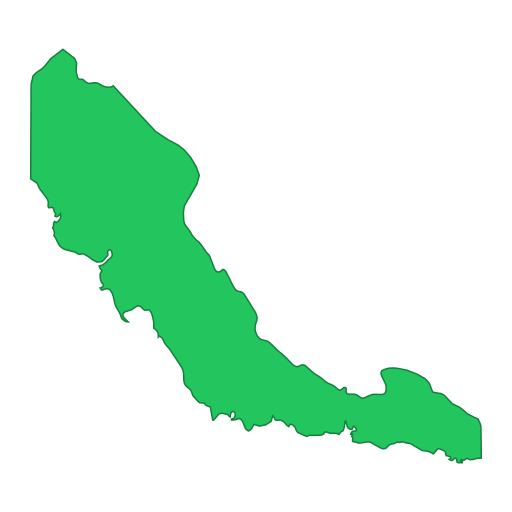 Central, Natural Earth projection
{"feature_id": "PNG-1249", "entity_name": "Central", "entity_type": "Province", "adm_level": 1, "iso_a3": "PNG", "parent_name": "Papua New Guinea", "parent_adm1": "", "projection": "natural_earth1", "projection_center": [147.941, -9.068], "detail": "fine", "context": "isolated", "style": "filled", "palette": "green", "viewbox_px": 512, "rotation_deg": 0, "n_neighbors": 0, "source": "natural_earth", "source_scale": "10m", "svg_char_len": 5568}
<svg xmlns="http://www.w3.org/2000/svg" viewBox="0 0 512 512"><path d="M481.3,458.1L477.4,458.3L472.8,459.5L470.2,459.7L466.8,458.3L465.4,459.4L463.7,460.4L461.4,459.4L460.4,460.6L462.3,461.6L462.3,462.7L458.1,462.7L457.0,462.1L456.6,459.2L455.7,458.3L454.2,458.6L453.0,459.9L451.5,460.6L449.1,459.4L450.7,458.3L450.7,457.2L449.6,456.4L446.2,455.6L445.8,454.5L445.7,452.9L444.9,451.2L438.9,448.5L437.1,449.4L434.6,452.6L433.2,453.9L431.5,452.7L428.8,451.6L425.8,450.9L423.3,450.7L421.5,450.2L411.7,444.3L409.7,443.4L406.0,442.9L403.5,442.1L402.3,441.9L399.7,442.4L398.5,442.4L397.7,441.9L394.5,443.4L392.8,443.9L391.5,444.0L389.7,444.7L388.0,446.1L386.6,447.6L385.4,448.5L382.7,448.8L380.1,447.7L370.8,442.5L369.2,442.0L367.1,441.9L360.0,443.1L358.3,443.0L355.7,442.1L353.9,441.9L352.5,441.2L352.8,437.7L351.6,436.4L351.9,435.9L352.2,434.8L352.5,434.3L351.1,434.3L350.7,434.3L351.4,432.4L352.5,431.4L354.0,431.1L355.8,431.0L356.6,429.7L355.3,427.4L353.5,426.2L352.5,428.4L351.9,429.5L350.4,429.3L348.8,428.5L347.9,427.8L347.2,426.4L345.9,421.2L345.1,421.2L344.2,427.6L343.1,430.7L340.8,432.0L339.4,433.8L339.0,434.4L338.1,434.2L336.6,433.3L330.1,433.3L326.9,432.2L325.2,431.9L324.4,432.6L323.7,434.0L322.0,434.8L320.0,435.2L309.2,435.4L306.6,436.4L297.7,432.5L296.3,430.4L295.1,427.2L292.5,424.7L289.9,424.2L288.8,426.6L286.8,425.2L285.2,423.2L283.2,421.3L280.3,420.1L279.1,420.1L276.5,420.3L275.6,420.1L274.8,419.2L273.9,416.9L272.7,415.8L271.1,421.4L265.7,424.9L259.2,426.1L254.0,424.4L252.0,428.1L250.5,429.8L248.4,431.0L245.9,429.2L244.4,426.2L243.2,422.8L241.8,420.1L239.6,418.6L237.5,419.0L234.9,419.9L231.5,420.1L231.5,419.0L234.1,418.1L235.3,415.5L235.0,412.8L233.4,411.4L232.2,411.6L231.3,412.5L230.7,413.7L230.2,417.0L229.5,416.7L227.8,414.6L222.1,413.2L218.9,414.0L213.7,420.1L212.7,420.1L210.3,406.9L209.1,406.6L207.3,405.9L205.8,405.1L205.1,404.3L204.5,403.2L202.9,402.9L201.0,402.9L199.6,402.7L197.9,401.3L193.0,395.8L192.0,393.3L191.2,390.9L189.4,388.8L187.2,387.0L185.4,385.2L184.3,383.0L183.8,380.4L183.6,373.6L183.0,370.4L181.8,367.5L169.5,349.0L165.8,344.7L164.4,342.6L163.3,340.0L161.8,337.6L159.2,336.0L158.3,337.1L158.2,333.5L157.0,331.0L155.0,329.1L153.8,328.2L153.8,327.9L153.7,322.0L152.6,316.5L151.3,312.6L149.8,310.4L148.4,309.9L145.5,310.2L144.3,310.0L143.3,309.2L141.1,307.0L139.8,306.1L138.2,305.8L136.5,306.4L131.6,309.7L125.8,311.6L124.6,312.2L123.8,312.8L123.2,313.6L123.0,314.3L123.0,315.4L123.4,316.7L124.5,318.3L128.2,321.9L126.6,321.8L124.1,320.6L121.7,318.5L119.9,313.5L116.4,307.3L115.1,304.4L113.3,296.6L112.1,293.1L109.8,289.6L107.1,288.6L101.5,290.1L100.1,287.9L101.7,287.5L102.9,286.6L103.4,285.3L102.8,283.6L101.5,282.6L100.3,278.7L100.1,274.0L101.9,270.5L101.2,269.7L100.4,268.7L99.7,267.4L99.1,266.1L100.2,265.6L102.8,264.9L105.9,262.4L106.5,262.3L107.4,260.6L111.3,257.3L112.2,255.2L112.1,253.6L111.7,251.9L111.1,250.5L110.3,249.8L108.5,250.2L107.6,251.8L107.5,253.4L108.0,254.1L107.8,255.3L103.5,260.3L101.9,261.6L97.0,262.1L92.8,260.0L88.7,256.8L84.1,254.1L82.4,253.8L79.9,254.3L78.4,254.1L77.3,253.6L75.4,252.2L65.9,249.8L63.3,248.8L59.9,246.1L57.7,242.5L56.0,238.8L53.9,235.6L54.5,233.5L54.1,231.0L53.3,228.8L52.5,227.9L53.4,226.4L53.6,223.5L54.4,221.4L56.7,222.5L58.8,220.6L60.2,218.7L60.8,216.4L60.5,213.6L58.6,215.8L56.3,216.8L54.9,216.1L55.8,213.6L55.1,213.0L54.5,212.1L54.1,211.0L53.9,209.8L53.2,207.8L51.5,207.4L49.8,207.7L48.7,207.7L48.1,206.4L48.1,204.8L48.3,203.2L48.2,201.6L47.6,199.7L46.8,198.2L40.3,189.7L38.6,186.9L37.9,184.8L37.0,183.1L30.7,178.9L31.1,84.3L33.1,75.8L36.4,72.6L42.2,68.6L44.6,66.3L50.7,58.7L62.9,49.3L74.3,58.2L75.4,60.1L76.6,63.3L76.2,68.4L76.2,71.3L76.6,74.1L77.8,78.0L79.0,79.2L80.2,79.4L81.7,79.2L83.1,79.6L85.9,82.1L87.4,83.0L89.3,83.5L93.2,82.8L95.5,82.7L97.7,83.1L102.6,85.8L104.0,86.4L105.5,86.9L108.4,87.2L109.6,87.2L110.8,87.0L111.7,86.7L113.2,85.8L155.6,131.5L168.4,140.0L178.3,145.2L184.4,150.1L190.7,157.5L196.0,166.3L199.3,175.3L196.8,184.2L184.4,205.8L183.6,210.6L183.4,213.5L183.8,221.0L184.6,223.8L185.8,225.8L189.9,231.2L192.3,235.4L194.5,238.2L196.4,240.1L198.8,242.0L201.0,244.5L206.1,251.9L207.7,253.7L208.9,254.8L209.7,256.2L214.5,268.7L215.7,270.7L217.1,271.8L218.6,272.0L220.0,271.6L221.0,271.0L222.5,269.6L223.3,269.4L224.2,269.9L225.9,271.5L233.2,286.2L234.7,288.6L236.0,290.0L237.0,290.8L238.2,291.3L240.8,291.8L242.3,292.4L244.3,294.4L255.5,312.5L256.6,315.3L257.1,318.2L256.7,320.6L255.3,325.2L255.0,328.1L255.3,331.2L257.2,335.9L259.2,338.1L261.2,339.5L267.2,341.1L269.0,342.1L273.3,346.0L276.5,349.5L284.8,356.5L292.3,364.2L294.5,365.9L296.3,366.6L297.9,366.5L299.4,366.0L301.2,365.1L303.0,364.8L305.0,365.4L314.1,373.5L320.0,377.1L325.8,381.9L328.0,383.2L331.7,384.8L333.7,385.8L337.9,389.3L338.6,389.8L339.3,390.0L340.0,390.2L340.7,390.0L341.6,389.5L342.9,388.3L343.8,387.6L344.7,387.4L345.6,387.6L346.1,388.3L346.2,389.1L346.1,390.3L346.1,391.6L346.6,393.3L347.8,394.0L349.5,394.2L353.7,394.1L355.7,394.5L357.5,395.3L360.7,397.6L362.4,398.2L363.9,398.1L367.3,396.4L371.8,394.7L373.6,394.3L381.3,394.5L383.0,394.3L384.3,393.7L385.1,393.1L385.8,391.6L386.1,390.0L386.1,386.9L385.8,385.2L385.2,383.2L381.9,376.4L381.3,374.9L381.1,373.7L381.1,372.4L381.3,371.3L382.5,370.3L384.9,369.3L387.5,368.5L389.9,368.1L393.6,368.0L397.9,368.4L406.9,370.2L417.4,374.3L425.1,378.7L427.2,380.8L429.4,383.6L432.1,390.6L432.7,391.9L433.5,392.3L441.0,393.6L443.4,394.7L445.5,396.5L451.8,403.2L452.6,403.9L459.6,407.3L463.3,410.1L467.1,413.6L474.9,417.7L478.0,418.9L480.0,423.2L480.9,426.3L481.3,458.1L481.3,458.1Z" fill="#22c55e" stroke="#15803d" stroke-width="1.5"/></svg>